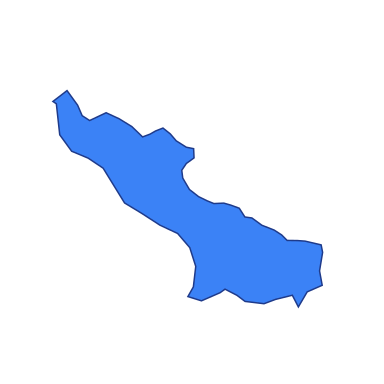 Ortakioï, Cyprus, rotated 324°
{"feature_id": "46923920B2976518119869", "entity_name": "Ortakioï", "entity_type": "district", "adm_level": 2, "iso_a3": "CYP", "parent_name": "Cyprus", "parent_adm1": "", "projection": "equal_earth", "projection_center": [33.334, 35.209], "detail": "fine", "context": "isolated", "style": "filled", "palette": "blue", "viewbox_px": 384, "rotation_deg": 324, "n_neighbors": 0, "source": "geoboundaries", "source_scale": "gbopen_adm2", "svg_char_len": 940}
<svg xmlns="http://www.w3.org/2000/svg" viewBox="0 0 384 384"><g transform="rotate(324 192 192)"><path d="M127.2,274.2L135.7,285.6L155.6,290.0L161.6,290.0L167.6,301.9L170.6,311.7L184.6,324.7L196.5,328.0L212.5,334.5L210.5,347.5L226.5,340.5L242.5,344.0L248.8,330.8L255.6,324.1L262.2,317.6L265.4,310.7L254.6,298.2L248.8,293.3L240.5,287.1L239.3,279.4L236.1,271.1L229.0,260.0L225.2,248.2L220.1,243.3L220.7,232.9L215.6,225.3L211.2,219.7L202.9,214.2L199.0,207.9L194.6,199.6L191.4,188.5L192.7,175.3L196.5,168.4L204.2,165.6L213.7,165.6L218.8,157.9L213.7,152.4L209.3,141.3L208.6,132.3L206.1,123.2L198.4,121.2L192.0,120.5L184.4,118.4L181.8,103.8L176.1,89.9L169.1,77.4L151.2,74.0L148.0,65.7L150.5,54.5L150.5,46.9L150.5,36.5L132.7,37.0L134.1,40.9L118.6,68.0L118.6,88.3L127.9,103.6L134.1,120.5L131.0,161.2L138.8,179.8L146.6,200.1L156.0,217.1L157.5,235.7L151.3,254.4L137.3,269.6L127.2,274.2Z" fill="#3b82f6" stroke="#1e3a8a" stroke-width="1.5"/></g></svg>